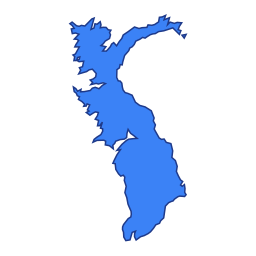 Itati, Rio Grande do Sul, Brazil
{"feature_id": "56859067B39388374799288", "entity_name": "Itati", "entity_type": "district", "adm_level": 2, "iso_a3": "BRA", "parent_name": "Brazil", "parent_adm1": "Rio Grande do Sul", "projection": "natural_earth1", "projection_center": [-50.175, -29.463], "detail": "fine", "context": "isolated", "style": "filled", "palette": "blue", "viewbox_px": 256, "rotation_deg": 0, "n_neighbors": 0, "source": "geoboundaries", "source_scale": "gbopen_adm2", "svg_char_len": 3240}
<svg xmlns="http://www.w3.org/2000/svg" viewBox="0 0 256 256"><path d="M76.7,60.3L79.1,61.7L83.7,61.2L82.5,66.7L79.4,67.7L80.7,70.1L78.7,73.9L81.8,73.0L86.6,71.6L89.2,69.8L92.4,69.2L96.2,73.5L95.7,76.9L93.3,78.9L90.2,80.0L92.6,82.4L90.8,84.6L96.2,83.4L98.4,84.0L103.0,82.8L105.4,83.6L102.4,85.4L99.0,88.7L95.2,87.3L92.3,88.2L90.3,90.5L84.3,91.6L80.5,91.8L81.0,89.4L77.6,91.2L75.8,88.6L73.4,87.0L74.2,91.6L76.3,93.2L77.3,95.7L79.5,96.7L78.4,99.4L81.9,101.5L84.7,104.3L83.7,106.3L86.3,106.0L87.1,103.9L89.7,104.9L87.4,109.9L89.0,111.1L86.3,112.5L89.9,115.2L93.6,112.8L95.5,111.9L98.4,112.5L97.4,115.8L95.2,119.2L98.6,120.4L97.5,125.8L99.7,125.7L102.4,122.1L100.5,128.2L102.6,128.8L102.7,131.2L100.9,134.6L96.7,137.3L94.1,139.4L93.0,142.2L97.0,140.4L103.8,140.2L105.7,141.2L105.3,144.9L109.4,145.7L113.3,148.8L112.8,145.3L114.7,143.4L115.7,141.2L120.1,139.6L124.4,139.1L126.6,137.6L127.0,133.3L128.1,129.4L130.6,133.3L134.3,136.0L137.1,138.4L133.7,138.6L128.7,139.2L126.4,140.5L121.9,144.4L116.9,150.4L120.4,149.7L116.9,154.9L114.1,160.5L112.9,163.3L115.2,163.7L115.8,169.4L118.5,173.8L120.8,176.1L123.3,175.2L124.8,177.1L124.3,180.5L126.2,186.3L124.9,192.6L126.8,197.7L128.0,204.1L128.9,206.3L131.1,211.4L131.3,214.3L130.8,217.0L128.2,218.6L123.6,224.5L122.6,226.9L122.5,229.5L123.5,232.2L123.8,237.1L125.8,240.6L130.0,239.9L132.2,232.4L135.5,231.2L134.6,233.5L134.5,236.7L136.1,240.0L140.6,236.7L144.2,235.6L148.1,233.6L150.5,231.8L153.4,228.4L155.8,224.8L159.5,223.3L160.7,220.7L163.7,217.9L165.4,206.1L168.6,202.7L171.2,201.5L173.1,200.9L174.4,199.2L177.9,196.7L179.7,196.1L182.5,196.3L184.6,196.5L186.1,194.7L184.7,192.4L185.0,188.6L184.4,184.6L182.2,186.3L180.5,185.0L182.7,181.5L180.5,179.9L178.3,175.8L176.4,171.5L177.2,166.3L175.4,160.6L171.9,157.5L172.7,150.9L171.5,145.9L170.9,143.6L166.3,142.4L164.1,139.0L161.5,139.4L159.2,138.0L155.3,131.1L154.2,129.0L155.4,124.9L153.3,120.9L154.1,118.0L151.3,110.8L145.1,106.9L139.7,105.4L135.4,102.2L132.1,95.2L127.9,93.4L125.1,92.6L123.1,90.0L122.4,87.3L121.8,83.1L120.2,81.1L118.2,80.8L116.7,77.5L116.9,69.7L119.4,67.9L120.1,64.6L122.2,64.9L122.7,62.1L124.6,55.5L128.8,50.6L129.7,48.1L132.3,46.7L134.2,44.5L135.8,41.1L139.8,39.3L142.6,37.4L145.1,38.1L147.4,36.5L150.3,34.7L152.8,33.9L155.3,33.6L158.6,31.6L163.8,30.8L172.8,27.9L179.4,34.4L180.9,30.6L178.1,29.7L179.4,26.3L181.7,22.8L177.2,22.4L174.4,23.4L170.1,22.1L167.6,24.6L169.5,17.7L164.1,19.8L165.6,15.4L162.3,16.9L159.4,17.3L158.6,21.9L154.7,24.5L151.9,25.3L148.0,24.9L146.9,27.4L142.0,27.7L139.0,28.5L134.5,27.0L128.1,31.7L123.2,35.0L121.8,38.5L119.3,41.5L116.6,45.8L113.7,42.6L111.6,44.1L110.4,46.6L107.8,49.6L106.3,51.1L102.7,51.0L105.9,46.7L101.0,45.6L103.3,43.7L105.2,41.1L109.5,38.5L110.5,34.8L109.5,32.6L110.9,30.2L108.2,29.8L106.1,27.4L103.1,27.3L100.3,27.8L101.0,24.8L100.2,21.7L97.1,24.2L95.0,23.8L94.0,28.0L91.0,29.4L94.1,18.1L91.8,19.0L84.9,26.0L81.4,25.4L79.2,26.3L76.6,25.8L72.1,22.1L69.9,23.7L72.3,25.6L74.2,28.4L71.3,28.9L72.3,33.6L75.5,33.0L78.9,34.2L74.3,39.1L76.9,39.3L78.6,40.5L76.0,44.4L74.8,46.9L79.3,46.9L75.4,54.0L73.0,55.0L74.7,56.6L73.9,60.6L76.7,60.3ZM76.7,60.3L77.5,57.5L79.8,56.9L79.3,59.2L76.7,60.3ZM184.2,38.1L186.1,34.4L182.0,35.2L184.2,38.1Z" fill="#3b82f6" stroke="#1e3a8a" stroke-width="1.5"/></svg>